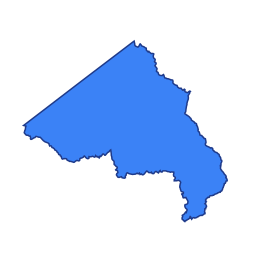 the district of Água Azul do Norte, Pará, Brazil, rotated 186°
{"feature_id": "56859067B16314817871005", "entity_name": "Água Azul do Norte", "entity_type": "district", "adm_level": 2, "iso_a3": "BRA", "parent_name": "Brazil", "parent_adm1": "Pará", "projection": "robinson", "projection_center": [-50.563, -6.762], "detail": "fine", "context": "isolated", "style": "filled", "palette": "blue", "viewbox_px": 256, "rotation_deg": 186, "n_neighbors": 0, "source": "geoboundaries", "source_scale": "gbopen_adm2", "svg_char_len": 5589}
<svg xmlns="http://www.w3.org/2000/svg" viewBox="0 0 256 256"><g transform="rotate(186 128 128)"><path d="M114.1,84.0L113.1,83.4L111.9,84.4L111.2,83.0L109.9,83.7L109.0,83.0L108.2,83.0L107.1,83.9L105.0,87.1L104.3,87.0L102.7,85.8L100.9,85.9L100.1,86.5L99.3,85.3L98.2,85.2L97.6,85.4L96.4,87.3L95.6,87.8L94.2,87.0L93.0,86.5L92.1,88.5L91.6,89.0L91.2,88.0L89.6,87.7L89.2,88.5L88.7,89.0L86.3,89.3L85.4,89.2L84.2,88.8L82.4,88.8L81.3,88.4L80.5,88.8L77.9,88.9L77.7,87.8L77.9,86.2L77.5,84.9L76.6,84.4L75.8,83.7L75.7,82.9L76.0,82.2L76.6,81.5L76.5,80.3L74.2,80.6L72.3,81.2L71.4,81.0L70.8,80.6L70.1,79.8L69.9,79.1L70.2,78.1L70.4,75.5L70.2,74.2L69.8,73.8L69.6,72.9L68.7,70.9L68.3,70.4L67.2,70.2L66.2,69.9L66.1,68.5L66.9,68.4L67.7,68.0L67.5,67.5L66.6,66.6L66.1,64.8L65.7,64.3L64.9,64.7L64.4,64.5L63.8,64.6L63.2,65.0L60.7,61.4L60.7,59.4L61.2,58.7L62.0,58.1L63.2,57.8L63.4,57.1L63.2,55.8L62.8,55.0L62.3,54.3L60.8,53.2L60.7,52.4L60.8,51.8L61.1,51.3L61.1,50.5L61.3,49.9L62.0,50.3L63.1,48.3L64.9,46.8L64.4,45.9L64.5,45.1L64.8,44.8L64.6,43.9L64.8,43.3L64.3,42.6L63.7,42.5L62.5,41.3L61.7,40.9L61.4,41.8L60.9,41.7L60.5,42.0L60.2,42.5L59.5,42.8L58.9,43.4L58.2,43.7L57.9,44.3L57.0,44.7L57.2,45.6L56.9,46.5L56.4,46.2L55.2,43.9L53.9,45.6L52.9,45.8L52.2,45.4L50.2,46.2L49.6,47.0L48.9,47.1L47.8,48.2L45.9,48.9L45.3,48.7L43.5,50.1L43.1,50.9L42.5,50.9L42.5,51.6L42.9,51.8L42.9,52.3L43.2,52.9L43.0,53.6L43.2,55.6L42.3,55.8L42.3,57.3L41.8,57.6L41.7,58.5L42.8,60.3L43.6,60.7L42.9,61.5L42.7,62.3L43.1,62.7L42.5,63.3L43.1,63.7L43.4,64.6L43.1,65.0L42.9,65.6L42.5,65.8L41.6,67.2L41.1,67.5L40.4,67.3L39.8,67.8L39.7,68.8L39.0,69.3L37.3,69.5L36.8,69.9L35.7,70.1L35.2,70.9L34.7,71.2L32.5,72.2L32.1,72.8L31.0,73.2L30.3,73.9L29.5,73.8L29.1,74.9L28.3,75.1L28.1,75.9L27.7,76.3L27.5,78.1L27.1,78.8L26.8,80.4L26.3,81.8L26.6,82.4L26.1,83.0L25.4,83.3L24.9,85.5L23.9,85.8L23.9,86.6L24.4,87.6L24.7,88.2L25.4,88.6L25.6,89.2L25.2,89.6L25.8,91.0L27.5,92.3L27.7,92.8L29.2,94.5L30.4,95.4L30.6,95.9L31.1,96.2L31.8,97.4L31.8,98.3L32.2,100.2L31.7,100.2L31.8,100.9L31.7,101.7L31.9,102.5L31.2,104.4L31.4,105.6L32.2,105.9L32.8,108.2L33.2,108.8L34.1,109.5L34.4,110.8L35.1,111.6L35.8,111.8L37.1,112.9L37.9,112.9L39.9,113.7L40.1,114.3L41.2,114.9L41.6,115.5L41.5,116.0L41.7,116.5L42.2,116.9L42.7,116.9L43.3,117.1L43.9,116.7L45.1,117.4L47.6,118.2L49.0,118.9L49.3,119.5L49.4,120.9L48.9,121.4L49.1,122.7L49.9,125.4L50.6,125.6L51.2,125.5L52.1,126.8L52.9,127.0L53.8,128.2L55.7,128.5L56.2,130.2L56.9,131.6L57.4,131.8L57.8,132.1L58.2,133.3L58.0,133.9L59.0,136.5L59.6,137.5L60.1,137.7L60.1,138.7L60.4,139.4L61.6,140.0L62.2,139.9L62.6,140.8L65.8,142.5L65.9,143.1L66.2,143.6L66.7,144.3L67.5,144.7L68.0,145.4L70.5,146.9L71.0,146.9L72.0,147.7L72.7,147.9L73.0,148.5L72.9,149.2L72.5,149.7L72.3,150.4L72.3,152.7L72.1,156.0L71.8,157.4L72.0,158.1L71.7,160.5L71.1,162.9L71.1,164.4L71.6,166.4L70.3,169.1L70.3,170.4L69.8,170.8L70.3,171.2L70.8,171.0L72.1,169.7L72.9,169.3L73.9,169.8L74.4,169.8L74.9,170.0L75.4,170.8L75.3,172.0L75.7,172.3L76.1,172.5L77.2,171.3L77.8,171.5L79.5,173.2L80.0,172.9L81.2,172.9L82.6,173.7L83.1,174.2L83.5,175.2L83.9,175.6L84.5,175.5L85.8,175.9L87.2,176.7L88.1,177.6L88.1,179.0L88.5,180.2L89.0,180.4L90.8,180.4L91.2,180.7L92.6,181.0L93.3,181.2L94.4,181.1L95.4,181.6L96.5,181.6L97.3,182.8L97.7,184.0L98.3,184.9L98.8,184.6L99.1,184.0L99.5,183.7L101.8,183.7L102.8,184.2L103.2,184.6L103.9,186.4L104.9,186.9L105.3,187.0L105.7,187.5L105.3,189.9L105.5,190.4L107.6,192.6L107.7,193.1L107.0,194.0L106.8,194.8L106.8,195.4L107.3,196.0L108.2,196.3L108.6,196.8L108.3,197.4L108.1,198.8L108.4,199.4L109.4,199.9L110.3,201.4L110.4,202.8L110.1,203.9L110.2,204.5L110.9,204.7L112.8,204.5L115.0,206.0L115.3,206.5L115.8,206.3L116.0,205.8L117.9,207.4L118.2,209.3L119.3,209.6L120.3,210.3L123.0,211.1L123.7,212.1L124.6,212.9L125.1,212.5L125.2,211.8L125.7,210.6L126.4,209.6L127.0,209.5L127.9,209.9L129.1,210.2L129.9,211.1L130.1,212.4L131.0,215.1L178.7,170.2L232.1,119.6L229.7,119.2L230.0,117.4L229.9,116.1L230.4,114.6L230.7,112.4L228.8,110.5L227.8,110.2L226.4,110.3L226.0,109.9L225.2,109.6L224.5,109.7L223.9,108.5L223.9,107.1L223.5,106.6L222.7,106.7L221.4,107.6L220.9,108.2L219.6,108.7L218.7,110.0L218.0,110.0L215.6,109.5L214.3,109.6L210.9,106.6L209.2,105.6L206.1,104.8L204.9,104.1L204.7,103.1L203.9,101.9L203.6,102.2L202.6,102.2L202.1,101.7L201.6,100.7L201.2,100.5L200.5,100.5L199.0,99.5L198.7,98.8L198.2,98.3L197.6,98.3L196.4,97.5L196.2,96.8L195.4,96.4L194.9,95.9L194.1,94.4L192.8,94.2L192.4,93.2L191.5,92.9L190.9,91.2L190.3,90.4L189.7,90.2L188.4,91.0L187.8,90.8L186.6,91.1L185.8,90.8L185.3,89.8L184.5,89.4L183.5,89.3L182.9,88.7L181.4,88.8L178.3,88.2L177.8,88.4L176.8,89.5L175.5,90.4L174.8,90.4L174.1,90.1L173.1,90.3L172.7,90.7L172.6,92.6L172.1,93.0L170.9,93.3L169.4,94.3L169.1,95.0L168.5,95.6L168.1,95.4L167.2,94.4L166.0,93.6L165.2,93.3L164.3,93.4L163.7,93.9L163.8,95.5L162.7,95.4L161.6,95.6L160.1,96.2L158.4,95.5L157.7,95.8L157.4,96.5L157.3,97.2L156.0,96.1L155.5,95.9L155.0,96.5L153.5,95.2L153.2,95.7L153.2,96.6L152.8,97.2L152.0,96.9L151.1,98.1L150.6,99.2L150.0,99.6L149.3,99.4L148.3,98.5L147.7,98.6L145.6,101.6L145.0,101.9L144.4,102.4L143.7,103.7L142.9,104.4L142.0,100.9L141.8,99.2L141.1,97.5L140.8,95.9L140.6,95.3L139.8,94.5L138.8,93.8L138.4,93.3L138.1,91.7L138.1,90.6L137.6,90.0L136.9,89.6L135.9,88.6L134.6,87.9L134.5,87.3L134.8,86.5L135.9,85.1L135.4,84.6L134.5,84.7L133.9,84.3L133.4,82.5L134.3,81.6L134.6,80.7L134.6,80.1L133.0,78.1L131.8,77.9L129.4,78.9L128.7,77.9L126.4,77.7L125.4,78.3L125.7,79.8L124.9,80.9L125.0,81.6L124.7,82.6L124.1,83.4L123.6,83.3L122.3,82.7L118.7,82.3L115.5,83.0L114.8,83.7L114.1,84.0Z" fill="#3b82f6" stroke="#1e3a8a" stroke-width="1.5"/></g></svg>